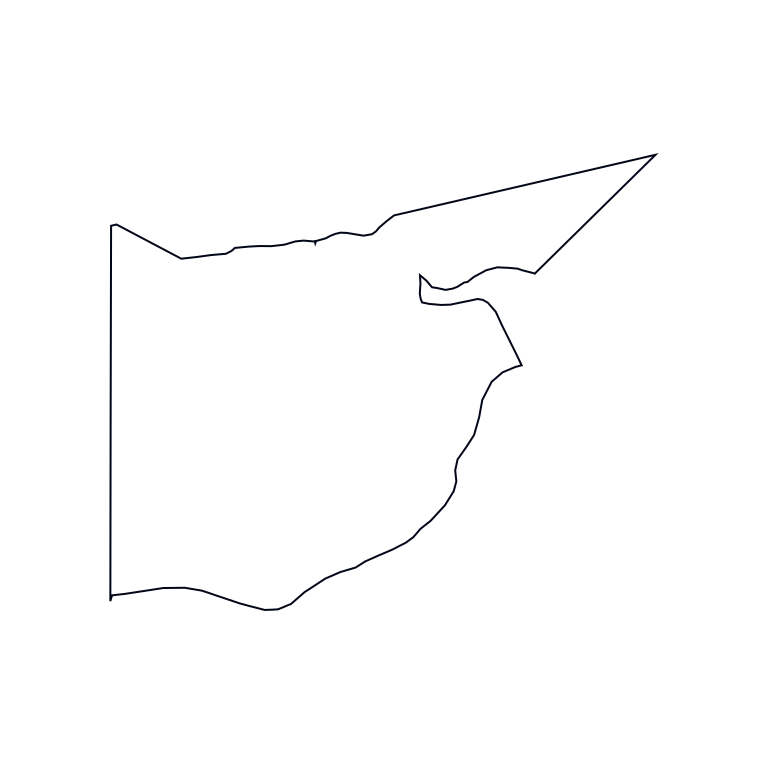 Durandeau, Anse-la-Raye, Saint Lucia, rotated 350°
{"feature_id": "8701671B30216430122169", "entity_name": "Durandeau", "entity_type": "district", "adm_level": 2, "iso_a3": "LCA", "parent_name": "Saint Lucia", "parent_adm1": "Anse-la-Raye", "projection": "mercator", "projection_center": [-60.993, 13.923], "detail": "fine", "context": "isolated", "style": "outline", "palette": "ink", "viewbox_px": 768, "rotation_deg": 350, "n_neighbors": 0, "source": "geoboundaries", "source_scale": "gbopen_adm2", "svg_char_len": 1890}
<svg xmlns="http://www.w3.org/2000/svg" viewBox="0 0 768 768"><g transform="rotate(350 384 384)"><path d="M142.7,180.8L107.0,380.6L76.8,550.3L78.3,547.2L79.5,544.9L92.3,545.7L131.2,546.6L152.5,550.1L163.5,554.0L168.8,555.9L174.2,558.8L181.6,562.9L204.2,575.2L212.8,579.2L227.3,585.8L234.5,586.8L240.5,587.5L245.2,586.5L247.7,585.9L254.2,584.5L269.6,575.2L276.2,572.4L292.2,565.5L305.8,562.2L308.4,561.6L324.2,559.8L334.9,555.4L349.0,551.9L356.4,550.2L364.0,548.4L370.6,546.3L378.1,544.0L382.9,541.6L386.2,540.0L390.4,536.6L394.7,533.0L406.2,526.8L419.3,516.8L422.9,514.1L434.0,501.7L436.1,497.3L438.3,492.5L438.5,490.2L439.1,481.5L443.4,470.9L444.7,469.7L453.7,460.8L462.9,450.9L463.9,449.8L465.2,447.1L472.0,433.1L478.0,416.8L490.4,400.5L497.1,396.5L502.8,393.1L516.4,390.0L519.5,389.8L522.8,389.5L521.4,384.4L519.0,375.9L512.3,353.2L510.9,348.6L509.7,344.1L506.6,332.3L500.4,322.0L495.9,318.3L493.9,317.6L490.8,316.5L483.9,316.8L480.1,316.9L465.6,317.3L463.5,317.4L454.1,316.1L442.5,313.0L440.0,312.0L435.7,310.3L435.3,308.5L434.9,306.4L434.9,301.5L436.2,296.0L437.4,291.0L438.1,284.8L438.3,283.1L443.8,289.7L446.4,294.2L448.1,297.1L452.4,298.5L456.6,300.2L460.9,302.0L468.2,302.0L469.0,301.8L472.9,301.1L480.6,298.0L484.0,298.0L490.4,294.5L491.2,294.1L504.5,289.7L509.4,289.3L516.0,288.8L523.5,290.5L525.8,291.0L528.2,291.6L531.2,292.4L534.1,293.2L535.8,293.7L539.5,295.8L546.5,299.0L548.1,299.7L550.3,300.7L551.7,301.5L552.2,301.1L691.2,205.4L423.2,219.7L415.0,224.0L406.6,229.0L402.4,232.4L398.1,234.4L396.5,234.4L389.7,234.4L373.4,228.7L367.3,227.4L362.4,227.7L357.2,228.7L352.0,230.4L341.9,231.4L341.6,232.0L340.8,233.4L340.7,231.3L339.5,231.4L329.7,228.8L321.4,228.2L310.3,229.5L297.0,228.7L285.3,226.5L274.7,225.2L260.8,224.1L256.9,226.5L251.0,228.3L236.3,227.0L221.4,226.4L206.1,225.4L148.3,180.5L146.1,180.6L142.7,180.8Z" fill="none" stroke="#020617" stroke-width="2"/></g></svg>